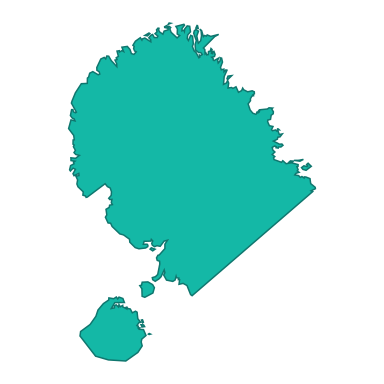 North Vella la Vella, Western, Solomon Islands (orthographic projection)
{"feature_id": "97153195B19966779892851", "entity_name": "North Vella la Vella", "entity_type": "district", "adm_level": 2, "iso_a3": "SLB", "parent_name": "Solomon Islands", "parent_adm1": "Western", "projection": "orthographic", "projection_center": [156.59, -7.704], "detail": "fine", "context": "isolated", "style": "filled", "palette": "teal", "viewbox_px": 384, "rotation_deg": 0, "n_neighbors": 0, "source": "geoboundaries", "source_scale": "gbopen_adm2", "svg_char_len": 5883}
<svg xmlns="http://www.w3.org/2000/svg" viewBox="0 0 384 384"><path d="M312.7,191.6L311.1,190.8L315.4,188.7L315.2,187.3L310.7,183.6L310.0,178.6L305.9,177.0L304.4,176.9L304.1,178.0L301.9,176.5L300.3,177.4L298.6,175.6L294.8,174.9L295.9,173.3L299.1,172.3L297.2,170.9L298.1,169.7L296.9,166.6L298.0,166.4L298.1,164.6L291.6,162.8L286.1,163.7L282.8,160.7L281.5,162.3L274.0,159.6L273.6,157.6L274.8,156.6L272.2,154.5L274.9,152.0L272.8,150.0L272.2,147.4L274.7,146.0L276.2,146.6L276.0,147.7L278.2,148.1L278.4,147.0L280.9,147.0L283.0,145.3L281.9,144.0L279.5,144.2L273.4,141.1L277.4,139.2L277.8,137.2L280.0,136.9L282.3,133.9L279.3,134.5L277.9,130.7L276.5,131.0L275.9,129.9L272.5,130.7L271.5,129.7L273.0,126.5L269.4,125.7L267.6,121.7L267.9,120.0L270.5,119.4L271.2,115.2L273.2,113.8L273.4,111.8L271.7,108.9L272.6,108.1L269.0,107.8L267.4,109.0L259.4,109.8L257.6,112.1L259.6,110.8L259.2,112.0L258.1,112.8L256.3,111.9L257.2,112.9L255.8,114.3L252.8,113.2L250.1,109.9L248.1,103.9L250.5,100.7L250.4,98.8L251.8,96.2L253.5,95.7L252.9,94.9L254.4,93.8L254.3,91.8L252.2,90.8L247.7,91.8L243.7,89.8L242.7,88.1L241.6,90.6L238.5,92.3L236.0,86.8L232.9,88.4L231.6,87.5L228.0,88.0L228.7,83.1L227.6,80.4L226.4,83.0L223.5,84.4L224.2,76.5L227.0,70.2L225.9,69.9L224.0,71.8L223.9,69.1L221.3,69.8L220.5,67.4L222.5,62.1L221.6,58.1L220.6,57.9L220.0,60.9L218.2,63.0L217.6,60.3L218.6,58.1L214.1,60.6L213.2,60.0L213.1,58.4L211.7,57.2L214.5,56.5L215.1,54.4L213.9,51.3L212.9,51.8L212.6,53.7L211.4,53.3L212.1,49.6L211.0,48.5L210.2,51.2L208.5,51.5L208.2,54.6L206.7,54.9L205.9,52.9L205.1,53.8L204.8,49.5L203.4,48.0L214.7,36.6L218.7,34.4L210.8,36.4L207.2,34.9L206.4,36.1L204.5,35.5L203.4,36.6L201.6,30.6L199.9,29.1L201.1,30.9L201.5,35.8L200.7,40.7L198.3,43.2L196.8,36.0L198.5,31.2L196.0,29.4L194.3,30.8L193.7,33.3L196.3,40.7L195.1,44.4L195.5,50.0L198.7,52.6L200.8,52.6L202.3,54.5L200.8,55.5L199.5,55.0L199.9,57.1L198.9,57.8L196.0,52.5L194.0,50.8L192.4,46.4L193.3,43.8L192.6,36.2L190.7,35.3L188.4,40.5L187.2,38.6L187.7,34.9L190.5,31.8L189.7,26.3L187.2,25.9L184.7,29.0L184.4,31.5L183.8,30.2L181.9,30.8L182.1,28.4L184.5,25.2L183.9,24.3L175.9,26.4L177.4,28.9L177.2,34.0L179.7,35.6L177.1,37.9L171.1,32.3L169.8,28.8L170.7,27.5L169.2,26.4L168.3,26.5L168.1,29.8L164.1,31.1L162.9,34.2L159.7,32.0L158.6,30.1L159.0,28.3L158.0,28.1L156.5,29.8L157.0,31.8L155.0,33.7L157.9,36.1L157.2,37.6L154.3,37.5L152.6,34.5L151.1,35.1L148.8,37.8L150.7,39.7L150.8,41.8L144.8,38.0L142.4,38.9L141.9,40.1L140.3,37.7L135.4,41.2L132.9,45.3L134.2,46.4L133.6,48.5L134.6,51.0L136.2,51.8L134.0,54.4L131.4,53.6L130.0,49.5L127.3,46.4L121.9,47.2L123.6,51.5L122.0,50.6L119.5,52.0L119.3,50.7L117.0,51.1L118.4,56.4L116.2,57.7L116.7,59.3L117.8,59.4L115.0,60.1L116.7,63.6L116.8,66.6L111.3,60.7L108.7,56.2L106.8,56.0L105.7,58.9L104.2,57.4L100.8,59.0L96.8,67.5L96.9,70.3L99.2,71.8L99.8,74.1L98.2,74.8L92.8,71.6L89.7,73.2L88.6,77.1L87.4,78.1L87.3,83.4L81.3,83.7L75.4,92.8L72.1,100.8L71.4,103.1L76.4,112.2L75.5,112.8L73.4,111.8L72.9,109.6L71.6,109.6L70.4,115.6L72.4,118.2L74.1,118.8L75.0,120.9L71.0,119.9L68.6,128.6L73.7,135.4L74.3,139.8L73.1,140.0L73.0,144.2L74.2,145.1L73.4,146.7L75.4,150.3L74.0,152.6L75.8,154.5L79.4,155.4L75.6,158.3L70.9,157.8L71.0,160.6L74.9,161.2L73.5,162.2L74.0,163.8L70.6,165.6L69.6,169.8L70.4,171.0L73.1,168.2L75.4,169.3L73.0,173.7L74.0,175.7L78.8,173.4L79.0,175.6L75.9,176.2L77.6,179.9L76.9,184.0L78.0,186.8L83.2,191.8L82.9,195.2L85.5,196.0L86.1,197.4L87.3,197.1L105.1,183.7L107.4,186.6L110.2,188.0L111.5,191.8L111.2,195.4L108.7,198.3L109.9,199.6L111.9,199.4L111.3,202.7L112.4,204.6L109.6,205.2L109.2,207.4L106.0,209.3L106.8,214.9L105.4,217.2L108.1,223.0L110.6,223.2L112.1,226.5L119.8,233.9L123.5,234.9L129.5,239.2L129.8,242.2L135.2,247.6L138.9,248.8L145.6,248.0L147.8,246.6L147.9,245.2L147.1,244.2L143.3,244.3L144.1,241.3L150.8,241.1L151.3,239.4L152.8,241.0L151.7,243.4L152.3,245.1L154.5,246.7L156.9,245.7L160.2,246.3L164.1,241.1L167.5,240.2L164.9,244.2L164.9,248.6L159.3,254.9L157.9,255.3L156.5,257.9L157.2,260.4L159.6,261.2L159.8,264.0L157.7,274.5L155.4,276.7L152.3,277.6L152.7,279.7L155.2,281.3L159.1,278.8L161.0,276.8L164.2,269.9L164.9,272.7L163.7,275.0L166.5,280.1L172.8,281.4L175.1,280.0L176.1,276.3L176.5,277.7L178.9,278.2L178.4,279.6L179.6,279.7L179.0,284.3L183.1,283.4L187.0,285.5L190.6,294.6L192.1,295.7L312.7,191.6ZM146.0,335.5L143.5,329.6L139.2,329.3L138.5,328.5L139.6,327.9L138.1,327.6L138.3,326.2L136.9,325.6L138.9,322.6L140.6,322.2L137.8,318.7L137.1,312.2L135.5,311.2L132.3,312.8L130.3,309.0L127.6,308.4L126.9,307.1L126.0,307.4L126.5,308.8L122.8,306.9L122.7,305.4L120.3,306.8L119.0,304.6L118.5,307.0L116.1,304.8L114.4,305.9L114.4,307.9L111.3,308.5L114.8,302.6L124.4,302.5L122.9,298.5L119.0,297.1L117.7,298.9L116.3,297.0L113.7,298.7L108.9,297.9L108.7,300.0L103.4,303.6L98.0,310.0L95.9,316.3L90.1,324.5L80.6,331.5L80.0,336.0L95.6,356.2L108.4,359.9L125.8,361.0L137.9,352.4L142.2,345.9L141.2,342.0L141.8,339.1L146.0,335.5ZM154.4,287.7L152.6,284.6L147.9,281.9L142.2,282.2L141.5,285.2L139.8,285.6L141.9,288.8L142.1,296.3L144.8,297.3L152.9,293.0L154.4,287.7ZM311.3,166.3L308.1,163.2L306.6,164.5L307.7,166.0L307.1,166.6L303.9,165.8L301.5,167.6L302.9,169.4L306.1,170.3L311.3,166.3ZM155.1,249.2L151.3,247.8L150.1,249.1L152.7,250.9L155.1,249.2ZM303.4,159.4L298.9,160.3L293.9,160.4L300.0,161.2L303.4,159.4ZM231.8,75.6L228.0,76.1L227.0,78.6L227.6,79.7L231.8,75.6ZM149.9,33.6L149.0,33.0L144.9,35.4L147.5,35.9L149.9,33.6ZM144.6,326.6L143.6,324.9L141.0,324.7L142.1,327.0L144.6,326.6ZM167.9,28.3L166.9,25.5L164.6,26.7L164.7,27.5L167.9,28.3ZM198.2,28.4L197.5,25.6L197.0,25.5L195.9,28.0L198.2,28.4ZM143.4,322.3L142.5,319.8L141.5,320.0L142.6,322.9L143.4,322.3ZM293.3,161.1L290.4,160.9L289.4,161.8L292.6,161.8L293.3,161.1ZM170.7,23.3L169.1,23.0L167.8,25.0L168.6,24.1L170.7,23.3ZM150.5,334.1L149.2,333.5L148.4,334.1L149.1,334.5L150.5,334.1ZM279.2,129.8L278.4,129.0L277.7,128.9L277.8,129.7L279.2,129.8Z" fill="#14b8a6" stroke="#0f766e" stroke-width="1.5"/></svg>